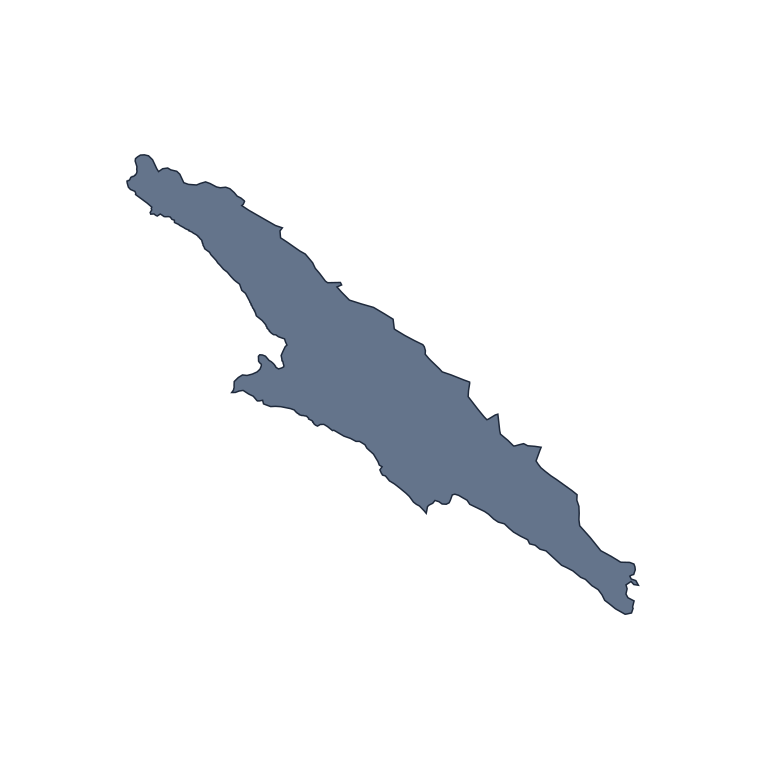 Tamu, Sagaing, Myanmar, rotated 110°
{"feature_id": "60261553B38505178364809", "entity_name": "Tamu", "entity_type": "district", "adm_level": 2, "iso_a3": "MMR", "parent_name": "Myanmar", "parent_adm1": "Sagaing", "projection": "orthographic", "projection_center": [94.38, 24.188], "detail": "fine", "context": "isolated", "style": "filled", "palette": "slate", "viewbox_px": 768, "rotation_deg": 110, "n_neighbors": 0, "source": "geoboundaries", "source_scale": "gbopen_adm2", "svg_char_len": 4897}
<svg xmlns="http://www.w3.org/2000/svg" viewBox="0 0 768 768"><g transform="rotate(110 384 384)"><path d="M252.2,691.2L254.9,693.3L257.2,694.6L259.6,694.1L264.3,690.5L267.1,689.7L268.4,688.9L270.4,688.6L272.8,689.1L273.0,689.6L273.8,689.8L274.9,690.8L275.1,691.6L275.9,691.9L276.4,692.6L279.0,692.8L280.0,693.3L280.3,694.1L281.1,694.4L281.3,694.9L282.9,694.1L286.5,691.5L287.9,688.8L288.2,683.9L289.9,682.4L290.9,682.3L291.0,682.1L294.0,671.9L295.0,668.5L297.2,662.7L298.6,662.8L299.9,661.8L302.8,662.4L304.2,661.3L302.9,658.4L303.6,656.0L303.7,654.5L300.8,652.4L301.1,650.9L301.9,647.9L301.5,646.4L300.4,643.8L300.2,642.0L301.8,639.6L301.8,637.0L303.9,636.1L304.3,631.5L304.8,630.4L305.5,625.7L306.0,623.7L306.2,619.8L306.7,619.8L306.9,616.4L307.4,614.9L307.9,611.7L308.6,609.4L309.1,609.1L309.4,607.8L309.9,607.3L311.4,604.2L312.6,603.7L312.9,603.1L313.7,602.9L314.2,602.1L315.4,601.6L317.5,599.2L318.2,598.9L319.9,593.0L321.7,590.9L325.3,584.0L327.1,581.6L328.4,578.8L331.1,574.0L332.5,569.5L335.3,564.7L337.4,560.6L338.3,558.1L339.6,553.8L341.3,552.4L344.6,549.7L346.2,545.2L352.3,538.4L353.1,537.9L354.1,536.3L355.1,536.1L355.3,535.3L357.6,533.2L357.9,532.4L358.9,531.6L359.1,530.8L359.6,530.8L361.2,529.0L361.9,528.7L362.2,528.2L362.9,527.9L363.7,527.1L366.0,520.2L368.9,515.2L369.9,514.6L370.7,513.3L371.5,513.1L371.7,512.5L372.7,510.7L373.0,509.9L373.5,509.9L374.7,507.3L375.4,504.7L374.8,502.5L375.7,499.4L375.7,496.1L375.6,492.9L378.1,491.0L380.6,488.5L382.7,489.6L387.6,490.1L392.4,490.4L395.3,488.6L397.1,487.8L397.0,487.3L398.1,486.3L398.8,486.0L400.9,484.4L402.1,484.1L403.9,485.6L405.9,488.3L405.3,491.3L404.3,492.1L404.1,492.9L403.6,493.2L402.6,495.0L401.6,497.6L401.1,500.2L400.1,501.9L398.4,504.9L398.3,508.1L399.0,510.7L400.9,511.5L404.1,510.2L405.4,509.7L406.6,508.1L407.1,506.6L407.9,505.8L409.1,505.5L412.5,505.6L416.1,507.4L419.7,511.1L422.8,515.6L423.9,520.1L427.7,523.1L432.9,525.6L437.2,524.2L438.2,523.7L441.3,523.4L444.1,524.2L442.8,520.8L440.2,517.8L438.2,514.2L439.7,507.8L440.2,502.7L443.0,497.8L443.2,497.2L442.5,495.3L440.8,492.5L443.9,490.4L444.0,482.8L442.1,478.3L440.6,473.2L439.1,463.4L439.1,459.3L440.3,457.5L440.6,456.2L441.1,455.6L441.3,453.6L441.8,453.3L441.7,450.2L441.2,449.4L441.2,448.4L440.7,445.8L441.9,443.2L442.7,442.9L443.1,439.0L443.6,438.5L443.9,437.7L444.4,437.7L444.6,437.0L445.4,436.2L446.1,434.3L446.3,432.1L443.8,430.0L442.5,426.7L443.3,422.6L445.4,416.5L444.6,415.3L446.7,403.8L446.6,396.9L447.5,390.7L446.3,387.3L447.6,381.1L450.2,378.1L451.8,374.2L453.5,369.9L457.1,365.5L458.9,363.2L461.8,360.7L462.4,357.5L466.1,358.5L469.1,355.6L469.4,354.9L470.1,354.3L469.9,351.2L473.2,345.7L474.3,340.1L476.4,333.6L479.1,326.0L481.0,321.7L484.9,315.9L486.0,312.5L486.5,308.9L489.6,302.6L491.1,300.1L487.7,300.6L484.3,301.2L482.2,300.1L479.4,297.4L476.0,296.3L475.8,292.0L476.9,288.4L475.7,284.4L473.4,282.2L470.7,281.9L464.8,281.9L463.3,279.7L463.1,275.8L464.0,271.0L464.8,266.2L467.7,262.3L469.4,245.9L470.6,241.2L473.4,234.7L474.7,229.4L474.2,223.0L476.9,216.9L478.9,211.5L480.3,203.7L481.2,195.7L484.4,192.5L483.8,186.9L485.9,180.9L485.4,174.7L488.9,166.3L491.8,159.4L493.6,155.2L494.0,150.1L495.0,142.6L498.4,133.1L498.7,127.9L502.4,119.7L504.0,112.4L507.5,107.1L511.8,102.6L513.3,97.7L516.1,89.6L517.9,78.7L517.1,77.2L514.5,73.1L509.6,73.2L508.8,74.0L508.0,74.2L502.3,74.8L501.4,81.7L498.6,84.8L493.3,85.5L490.0,87.9L485.1,84.3L487.0,80.7L486.1,76.1L482.6,80.1L482.7,85.0L480.5,87.3L479.0,86.1L477.6,84.2L474.9,84.3L472.7,84.3L469.9,85.7L467.7,87.6L467.6,92.1L470.5,100.6L468.4,110.9L466.5,123.3L457.7,137.8L450.3,151.6L444.9,154.4L438.7,156.4L432.3,159.0L427.2,163.1L422.0,164.7L419.9,170.9L414.7,189.4L413.2,195.7L411.0,202.5L409.0,208.0L406.5,211.9L404.3,214.8L399.8,214.8L393.1,214.8L389.7,214.7L391.0,221.0L392.9,227.9L392.5,230.5L392.3,232.4L394.5,235.7L397.4,239.8L397.9,241.1L394.6,248.3L391.3,257.4L388.5,259.2L378.4,264.2L373.4,266.7L375.1,268.9L381.3,273.9L382.4,275.1L380.5,278.9L375.7,287.0L367.1,300.6L361.4,302.3L354.1,303.7L352.9,304.2L352.9,310.6L352.5,324.2L352.7,333.5L350.8,337.1L346.0,347.9L344.6,350.8L341.9,355.5L338.5,356.5L335.2,358.9L333.8,360.9L332.8,370.3L331.3,381.0L329.2,391.6L328.7,393.2L320.0,397.6L317.9,407.7L315.6,420.0L316.5,433.0L317.0,445.2L312.2,455.3L308.9,461.4L305.4,457.7L303.5,459.7L308.1,471.6L307.4,474.2L302.2,482.2L298.8,488.2L294.5,492.5L288.8,502.4L287.8,508.6L286.0,515.4L283.9,523.2L282.0,531.2L275.7,534.1L272.0,532.9L272.2,540.2L270.6,549.6L267.0,570.4L265.0,578.7L263.1,577.7L260.1,577.5L259.7,577.9L258.3,581.7L258.2,582.0L257.7,586.2L255.3,590.3L253.2,595.6L253.2,600.0L255.6,605.0L256.1,608.8L255.1,616.0L255.1,620.8L258.5,625.4L261.1,628.2L263.3,636.1L263.3,641.0L256.7,647.6L255.0,651.5L255.7,657.6L255.0,661.1L257.4,665.6L259.4,667.0L261.5,668.5L259.5,671.1L256.3,674.3L252.4,678.2L250.1,683.3L250.6,687.5L252.2,691.2Z" fill="#64748b" stroke="#1e293b" stroke-width="1.5"/></g></svg>